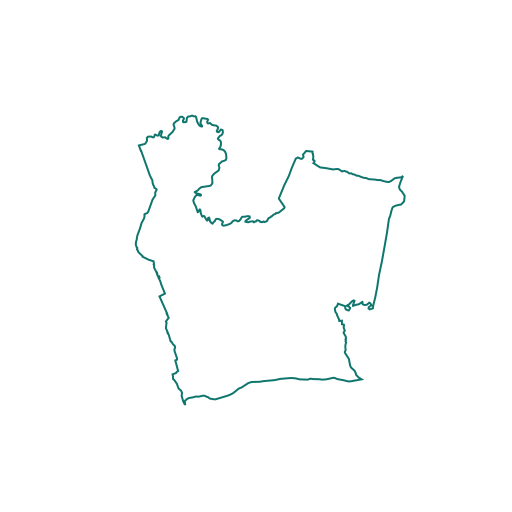 Tocancipá, Cundinamarca, Colombia (Albers equal-area conic projection), rotated 42°
{"feature_id": "7082276B10728251723000", "entity_name": "Tocancipá", "entity_type": "district", "adm_level": 2, "iso_a3": "COL", "parent_name": "Colombia", "parent_adm1": "Cundinamarca", "projection": "albers", "projection_center": [-73.95, 4.971], "detail": "fine", "context": "isolated", "style": "outline", "palette": "teal", "viewbox_px": 512, "rotation_deg": 42, "n_neighbors": 0, "source": "geoboundaries", "source_scale": "gbopen_adm2", "svg_char_len": 6140}
<svg xmlns="http://www.w3.org/2000/svg" viewBox="0 0 512 512"><g transform="rotate(42 256 256)"><path d="M311.6,98.1L311.4,100.0L311.0,100.7L308.3,103.7L307.1,105.4L306.2,109.8L305.4,111.8L304.5,112.8L300.9,114.9L297.5,116.4L295.6,118.2L293.7,119.3L288.3,123.5L285.8,124.3L284.1,125.6L281.5,126.8L278.3,127.9L276.9,129.1L275.2,129.3L273.2,130.5L271.5,130.8L270.1,132.2L267.5,132.5L264.8,133.6L263.3,135.6L259.8,136.1L258.5,136.6L255.2,140.2L249.5,143.7L244.3,147.3L236.8,148.5L237.0,148.1L235.9,146.1L235.5,146.0L235.2,146.5L233.8,146.3L232.5,144.2L229.9,142.0L229.5,142.0L228.2,140.6L223.0,144.4L223.1,149.3L225.0,150.5L225.2,152.5L224.8,153.4L224.2,153.8L221.2,154.8L220.4,157.0L223.7,166.7L226.8,174.4L229.5,184.0L234.4,197.8L235.1,198.2L244.5,200.5L245.0,201.7L243.9,208.4L243.5,209.3L242.8,209.8L242.7,210.4L242.1,210.9L242.2,211.9L241.3,213.7L241.1,216.4L240.8,216.6L240.6,218.3L240.0,219.5L240.7,222.4L240.6,223.2L239.5,225.2L238.5,225.4L238.0,226.7L236.4,227.8L235.7,227.6L234.4,227.8L233.1,228.5L232.8,228.8L232.9,230.1L232.4,230.7L232.1,232.1L231.7,232.4L231.0,232.1L230.5,232.3L228.8,234.1L227.7,236.1L225.2,237.6L224.8,237.0L224.8,236.3L225.9,231.9L225.3,231.2L224.6,230.9L223.0,232.1L221.4,234.3L219.6,236.0L219.5,237.0L220.0,239.2L220.0,241.4L219.1,242.5L217.5,242.8L216.1,243.9L215.4,246.0L215.6,247.8L215.1,249.6L213.3,253.0L211.6,255.2L210.5,255.6L209.4,255.1L208.7,252.9L208.2,252.6L205.3,253.0L203.6,253.5L202.1,254.5L201.6,255.3L201.6,256.2L202.1,257.7L201.8,258.7L202.0,261.0L201.2,261.3L198.6,261.0L196.1,259.1L195.4,258.9L195.0,259.8L196.2,261.7L196.1,262.2L195.6,262.5L190.9,261.0L190.4,261.2L189.8,262.6L189.2,262.6L186.0,260.9L184.4,259.4L183.5,259.0L183.1,259.0L183.0,259.5L183.6,261.8L183.3,262.4L178.2,259.5L174.4,258.1L172.1,256.6L171.0,252.9L171.0,250.6L171.9,249.6L174.2,248.5L174.5,248.0L174.4,247.6L174.0,247.3L173.1,247.5L169.8,249.3L167.9,249.6L167.7,249.3L168.8,246.5L168.8,244.0L169.3,241.4L174.1,235.6L175.1,234.1L175.2,233.2L174.9,231.1L172.2,228.3L170.8,227.2L170.0,226.0L169.8,222.9L171.0,217.4L169.8,215.0L167.5,213.4L167.0,212.6L167.5,208.4L168.8,206.3L169.3,204.6L168.5,203.1L166.7,201.3L165.0,200.0L163.2,199.2L161.9,199.0L160.4,199.2L158.7,200.0L157.4,201.0L156.8,201.0L156.3,198.2L155.2,196.4L153.7,194.8L152.1,194.2L150.3,194.6L149.5,194.5L149.0,194.1L148.8,191.0L149.4,189.6L149.5,188.1L148.6,186.2L147.1,184.9L146.6,184.9L145.3,185.5L145.4,188.7L145.1,189.2L144.1,189.7L143.2,189.4L142.5,187.0L141.9,186.0L141.2,185.6L139.3,185.7L135.9,187.9L132.8,188.0L131.8,189.5L131.4,189.7L130.4,189.4L129.8,188.7L129.2,186.8L128.2,186.7L123.9,189.4L123.8,190.6L125.4,193.9L126.7,194.9L129.0,195.4L129.2,195.8L129.0,196.2L127.0,196.9L124.6,196.4L122.5,195.6L118.4,192.8L117.5,192.7L116.4,193.8L114.5,194.5L113.7,196.1L112.2,198.0L112.3,199.7L114.4,202.7L114.3,203.3L112.8,205.0L112.2,205.2L111.2,204.4L110.6,202.3L110.1,201.8L108.2,201.9L107.0,202.7L106.5,204.1L107.4,206.8L106.6,209.1L106.2,212.4L106.9,213.6L109.7,215.2L110.3,215.9L111.0,219.7L110.5,224.9L110.9,225.9L112.1,227.2L112.2,227.9L111.7,228.3L109.0,228.6L107.4,230.4L106.1,230.7L105.2,230.5L104.4,229.4L102.9,226.4L102.3,226.3L101.7,226.7L101.5,228.0L101.9,229.5L103.1,231.4L102.4,232.4L99.8,233.2L99.7,233.8L100.6,235.6L100.5,236.3L99.8,236.9L97.8,237.6L95.8,239.8L95.9,241.3L97.6,243.0L98.1,243.9L98.5,246.6L98.3,247.3L95.0,252.2L100.1,254.9L100.3,254.7L123.3,267.2L128.5,269.2L129.9,270.6L132.6,272.2L133.7,272.4L134.8,273.3L137.0,272.9L137.8,273.2L138.6,276.2L140.6,278.3L141.4,283.3L146.3,295.3L146.4,296.9L145.3,299.2L145.3,299.9L146.4,300.8L147.6,302.8L148.9,308.1L151.4,313.2L153.9,319.7L155.2,322.0L156.4,323.6L157.1,325.3L158.5,327.4L159.6,328.3L161.1,329.2L162.5,329.5L163.1,330.8L164.5,330.9L165.8,331.8L171.7,332.0L172.2,332.1L172.3,332.4L178.7,330.6L183.4,328.5L185.1,329.8L185.6,330.8L186.4,330.8L187.5,332.4L188.3,332.9L193.4,334.9L193.6,334.6L193.9,334.8L193.7,335.1L194.8,335.6L194.7,335.8L197.2,336.9L197.6,336.0L198.8,336.6L198.5,337.5L201.7,338.8L204.7,340.6L213.5,344.9L211.3,350.6L228.6,358.3L228.4,358.7L232.5,360.4L232.8,364.3L233.0,365.1L234.1,365.4L237.3,369.9L241.0,371.6L241.4,371.8L241.2,372.0L242.2,372.6L243.7,372.8L249.7,376.6L250.6,376.3L253.3,377.1L255.9,377.2L257.1,378.2L258.1,380.3L259.0,381.1L266.1,385.1L266.6,385.9L265.9,387.6L275.1,393.6L274.7,395.3L274.9,396.4L273.2,399.8L274.9,401.0L276.7,402.9L278.1,402.8L282.7,403.9L287.2,406.3L290.2,406.2L291.4,406.6L292.8,407.4L294.2,409.6L299.1,412.7L302.2,413.9L302.5,413.6L300.1,411.5L300.4,408.6L301.1,406.6L304.1,402.7L305.2,400.8L307.7,398.7L309.8,395.6L311.5,394.1L313.7,393.6L314.4,393.1L317.1,392.8L320.4,390.8L321.8,389.6L328.5,378.6L330.0,375.4L330.8,373.0L332.0,365.7L333.2,363.5L335.3,355.6L337.0,352.6L343.1,346.8L345.1,344.2L352.8,335.9L356.5,330.8L363.7,323.2L367.2,320.5L371.2,318.3L377.1,313.3L378.5,310.8L381.0,309.1L385.6,305.1L387.7,303.8L390.8,300.6L394.9,294.8L396.0,294.0L398.9,293.0L403.7,290.0L408.1,287.7L409.8,286.3L417.0,277.0L413.7,277.6L410.6,277.4L409.6,277.2L408.3,276.2L406.0,275.3L401.1,275.3L399.1,274.3L394.0,270.4L386.8,268.4L386.2,267.9L385.5,265.8L383.6,264.2L382.0,262.3L380.8,260.0L379.6,259.5L379.2,258.4L378.2,258.0L378.1,257.0L376.5,255.8L372.6,254.5L372.2,253.9L372.0,252.1L369.1,250.6L367.6,248.4L367.2,248.2L365.6,249.2L363.1,246.6L361.4,248.6L360.3,247.8L360.4,247.7L355.8,245.7L355.1,245.1L352.4,244.4L350.5,243.0L349.7,242.2L349.5,241.2L349.8,238.9L348.8,236.6L355.2,233.9L356.3,234.1L357.6,235.3L358.6,235.5L360.4,235.0L361.4,234.3L361.0,232.3L360.6,231.6L359.1,231.4L356.7,232.2L357.5,229.7L357.7,225.3L358.3,223.6L359.2,223.4L361.0,227.7L361.5,228.1L363.2,225.0L364.7,223.1L365.7,219.0L366.0,219.0L367.0,220.3L367.6,220.4L368.8,220.1L369.7,219.6L371.0,218.0L371.4,214.9L372.2,214.7L373.9,215.0L374.8,215.5L374.0,218.5L374.8,219.7L376.3,219.5L377.9,216.7L376.1,214.1L372.4,207.1L367.1,198.3L360.0,187.6L353.5,176.3L344.5,161.8L337.4,150.5L330.0,139.5L328.9,136.4L326.7,132.4L325.1,128.8L325.1,127.7L326.1,125.2L328.4,121.8L329.0,121.3L329.4,120.5L329.5,116.3L326.2,111.8L321.5,110.5L318.8,110.4L317.3,109.8L316.0,108.9L314.0,104.6L311.6,98.1Z" fill="none" stroke="#0f766e" stroke-width="2"/></g></svg>